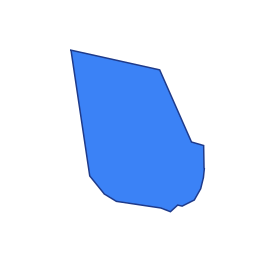 Hammarö, Värmland, Sweden (orthographic projection), rotated 147°
{"feature_id": "70781695B82553413626675", "entity_name": "Hammarö", "entity_type": "district", "adm_level": 2, "iso_a3": "SWE", "parent_name": "Sweden", "parent_adm1": "Värmland", "projection": "orthographic", "projection_center": [13.565, 59.195], "detail": "fine", "context": "isolated", "style": "filled", "palette": "blue", "viewbox_px": 256, "rotation_deg": 147, "n_neighbors": 0, "source": "geoboundaries", "source_scale": "gbopen_adm2", "svg_char_len": 401}
<svg xmlns="http://www.w3.org/2000/svg" viewBox="0 0 256 256"><g transform="rotate(147 128 128)"><path d="M133.6,224.5L133.8,224.2L133.7,223.7L186.2,108.6L183.9,86.5L183.9,85.7L177.7,72.8L144.1,43.1L138.0,34.7L128.3,36.3L125.1,33.0L111.6,31.5L100.1,37.5L91.8,45.3L86.0,52.5L86.1,52.8L86.0,53.1L74.1,72.1L82.4,81.7L69.8,159.5L133.6,224.5Z" fill="#3b82f6" stroke="#1e3a8a" stroke-width="1.5"/></g></svg>